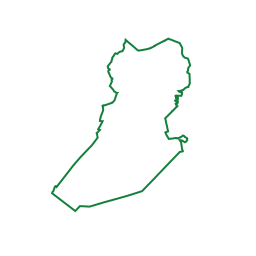 Murmastienes pag., Varaklanu, Latvia (orthographic projection), rotated 309°
{"feature_id": "27541924B78395496310678", "entity_name": "Murmastienes pag.", "entity_type": "district", "adm_level": 2, "iso_a3": "LVA", "parent_name": "Latvia", "parent_adm1": "Varaklanu", "projection": "orthographic", "projection_center": [26.628, 56.654], "detail": "fine", "context": "isolated", "style": "outline", "palette": "green", "viewbox_px": 256, "rotation_deg": 309, "n_neighbors": 0, "source": "geoboundaries", "source_scale": "gbopen_adm2", "svg_char_len": 5126}
<svg xmlns="http://www.w3.org/2000/svg" viewBox="0 0 256 256"><g transform="rotate(309 128 128)"><path d="M222.8,103.1L219.4,101.8L219.6,101.7L211.1,98.0L208.5,96.9L208.4,97.1L205.5,95.8L205.2,95.7L204.3,95.3L204.4,95.1L202.9,94.4L201.7,93.3L201.3,93.2L200.0,92.1L199.2,91.4L197.8,90.2L196.9,89.4L196.2,88.8L195.5,88.2L195.1,87.8L195.0,87.7L194.9,87.6L194.7,86.9L194.5,86.6L194.8,79.5L194.8,75.5L195.0,70.7L193.8,71.5L193.4,71.8L193.1,71.9L193.0,72.0L192.6,72.0L192.1,72.0L191.5,72.0L191.4,72.1L191.1,72.0L190.8,72.0L190.5,72.0L190.3,72.1L190.2,72.1L189.8,72.3L189.2,73.0L188.5,73.9L188.2,74.3L187.9,74.5L187.3,74.7L186.9,74.8L186.7,74.8L186.3,75.0L185.8,75.1L185.5,75.1L185.1,75.2L184.8,75.3L184.5,75.3L184.3,75.2L184.1,75.2L183.6,74.8L182.3,73.9L182.0,73.7L181.8,73.6L181.4,73.4L181.0,73.3L180.1,73.2L179.4,73.1L179.0,73.1L178.8,72.9L178.6,72.6L178.5,72.3L178.4,71.8L178.3,71.5L178.2,71.4L177.9,71.2L177.7,71.1L177.3,71.1L176.9,71.2L176.3,71.3L175.6,71.4L175.0,71.5L174.7,71.5L174.2,71.5L173.3,71.5L173.0,71.5L172.6,71.6L172.2,71.9L171.7,72.4L171.4,72.4L170.8,72.5L170.5,72.6L170.3,72.7L170.0,72.9L169.7,73.1L169.4,73.3L169.0,73.3L168.9,73.3L166.7,73.4L164.5,73.4L163.8,73.4L163.4,73.5L163.2,73.5L162.9,73.7L162.7,73.9L162.2,74.5L162.0,75.0L161.8,75.5L161.9,75.9L162.1,76.5L162.1,76.8L161.9,77.1L161.7,77.2L161.1,76.9L160.4,76.7L160.1,76.8L159.9,76.8L159.6,77.0L159.4,77.2L159.1,77.7L159.0,78.0L158.8,78.6L158.6,78.7L158.3,79.3L157.6,80.6L157.2,81.3L156.4,83.2L156.4,83.5L156.6,84.0L156.6,84.3L156.7,84.5L156.5,84.9L156.2,85.1L155.5,85.1L154.9,85.0L154.7,85.3L154.4,85.7L154.1,86.2L153.8,86.3L153.3,86.4L153.0,86.5L152.8,86.6L152.3,86.7L151.7,86.8L151.3,86.9L150.8,87.1L150.2,87.2L149.4,87.4L149.3,87.5L149.2,87.5L149.2,87.8L148.5,92.0L148.4,92.3L148.4,92.5L147.7,94.3L147.8,94.5L148.0,96.5L148.0,96.8L148.0,97.0L148.2,97.4L148.3,97.5L148.2,97.5L145.1,98.6L144.8,98.7L144.0,99.0L143.7,99.1L143.2,99.3L141.0,100.1L140.7,100.1L140.3,100.1L139.8,100.1L139.3,100.0L137.9,99.9L137.7,99.7L137.6,99.8L136.7,99.3L136.3,99.0L135.8,98.7L135.6,98.5L134.4,97.8L131.0,95.6L130.2,95.0L130.1,94.7L129.9,94.8L129.9,94.7L129.2,94.3L127.9,95.8L127.1,96.8L126.1,97.5L125.7,97.7L124.5,98.1L124.0,98.3L123.1,98.5L122.4,98.8L119.9,99.6L119.2,99.9L117.7,100.7L117.5,100.8L117.3,100.8L115.8,101.7L116.4,102.7L117.3,104.0L112.0,105.1L110.4,105.3L109.8,105.4L108.3,105.6L108.8,107.4L104.4,106.9L104.4,107.0L102.4,109.3L101.4,110.5L92.0,110.8L75.2,109.4L71.0,109.3L66.8,109.1L62.6,109.1L58.4,109.2L54.2,109.3L37.2,109.6L37.4,108.5L36.4,108.1L35.3,108.5L35.1,108.6L34.6,108.8L33.9,109.0L31.9,109.7L30.6,109.6L29.5,110.1L30.3,139.3L37.0,139.8L37.9,141.0L40.2,144.1L42.7,147.6L54.7,155.8L64.9,163.1L75.2,170.4L87.8,178.7L93.9,179.2L98.1,179.6L108.6,180.5L121.0,181.5L131.5,182.4L142.0,183.3L144.4,185.3L144.6,185.2L145.5,183.5L149.5,179.1L150.3,178.2L151.1,175.9L152.0,177.2L152.3,178.0L152.7,181.2L154.3,181.8L155.4,181.4L155.8,181.6L157.1,180.7L157.2,179.9L157.1,179.3L156.9,178.2L156.8,177.8L157.1,176.6L156.8,175.5L155.1,175.1L153.2,174.2L153.1,174.3L151.3,173.2L150.8,172.6L151.0,172.5L150.7,172.1L150.4,171.4L149.8,171.0L147.0,168.4L146.4,167.8L145.2,166.6L146.3,163.6L147.0,161.8L148.1,159.8L150.6,161.3L151.5,160.1L152.3,159.1L153.9,157.2L154.5,156.4L155.4,155.2L157.7,152.4L157.9,152.1L158.5,151.5L158.9,150.8L159.0,150.8L161.5,151.1L161.9,151.2L163.6,151.3L168.0,151.8L168.7,151.9L169.2,151.6L169.8,152.0L173.2,152.3L174.9,152.5L175.7,152.6L175.6,152.4L175.6,152.1L175.6,151.9L177.3,150.9L176.6,150.2L176.9,149.8L178.9,150.8L180.0,150.0L180.0,149.9L179.9,149.5L179.0,148.9L178.8,148.0L179.0,147.4L179.5,147.6L180.5,147.7L180.8,148.1L181.2,148.0L182.0,147.7L182.2,148.0L182.2,148.3L182.8,147.8L183.2,147.4L183.4,147.3L183.5,146.9L183.5,146.6L182.9,145.9L182.3,145.8L182.0,145.8L182.2,145.5L182.9,144.8L183.0,144.7L183.6,145.1L183.7,145.3L183.8,145.4L184.6,146.6L185.2,147.3L186.2,148.6L186.3,148.8L186.4,149.1L186.5,149.1L186.8,149.2L187.9,148.8L189.4,148.0L189.4,147.9L189.1,146.8L189.8,146.6L189.1,146.0L188.5,145.3L188.4,144.9L188.4,144.6L188.7,144.3L188.7,144.2L188.8,144.3L189.7,145.1L190.0,145.5L190.6,146.1L191.2,146.6L191.8,146.4L192.5,147.1L193.1,147.1L194.2,147.1L194.3,147.1L196.1,147.8L196.6,148.0L196.9,148.2L197.9,149.1L198.4,148.8L199.3,148.5L201.3,148.1L201.7,147.8L203.8,146.0L204.3,145.6L204.5,145.5L205.3,144.8L206.7,143.5L208.7,141.8L208.8,141.6L208.7,141.1L208.4,139.3L208.5,139.1L208.9,138.7L209.0,138.7L209.9,138.6L210.5,138.5L210.6,138.4L212.3,137.2L212.5,137.2L213.1,137.0L213.5,137.0L215.0,136.9L215.7,136.9L215.8,136.8L216.0,136.7L216.2,136.3L216.6,135.7L217.1,134.9L218.4,133.1L219.1,131.9L219.6,131.0L219.6,130.8L218.8,128.8L218.6,128.3L218.4,127.6L218.4,127.4L218.7,125.2L219.0,124.6L219.2,124.3L219.8,123.2L220.1,123.0L220.7,122.4L220.9,122.3L221.5,121.9L222.8,120.9L223.3,120.5L223.5,120.4L224.0,120.1L224.3,119.9L224.4,119.7L224.7,119.1L226.2,115.5L226.3,115.3L226.5,114.9L226.5,114.7L226.4,114.3L226.3,114.0L225.7,112.2L225.6,111.8L224.6,108.9L224.6,108.7L224.5,108.4L224.4,108.0L224.1,107.1L223.8,106.2L223.5,105.2L223.1,104.2L222.8,103.2L222.8,103.1Z" fill="none" stroke="#15803d" stroke-width="2"/></g></svg>